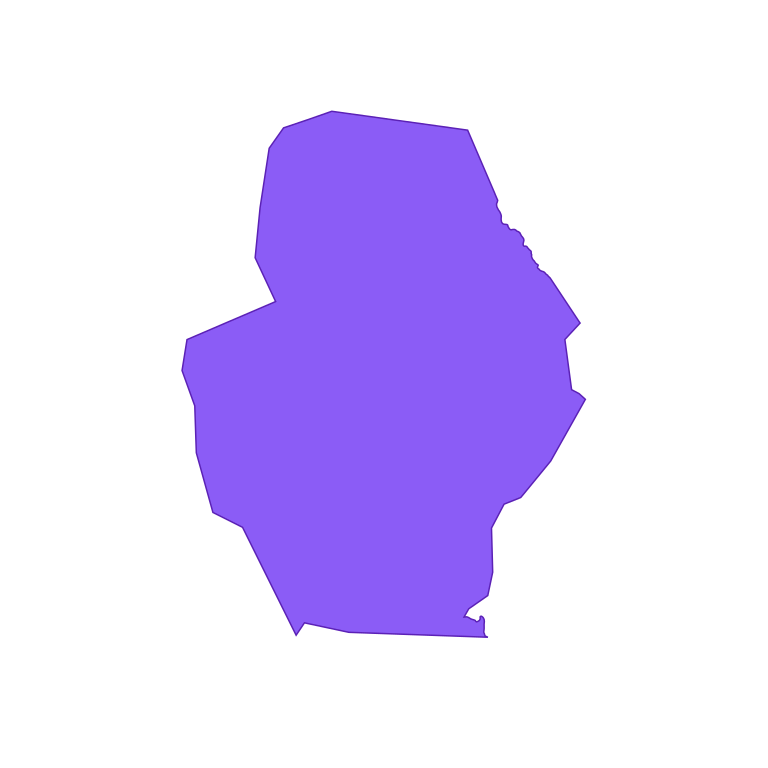 the district of Jargalan, Govi-Altay, Mongolia, rotated 32°
{"feature_id": "93677404B58079754200585", "entity_name": "Jargalan", "entity_type": "district", "adm_level": 2, "iso_a3": "MNG", "parent_name": "Mongolia", "parent_adm1": "Govi-Altay", "projection": "albers", "projection_center": [96.049, 47.069], "detail": "fine", "context": "isolated", "style": "filled", "palette": "violet", "viewbox_px": 768, "rotation_deg": 32, "n_neighbors": 0, "source": "geoboundaries", "source_scale": "gbopen_adm2", "svg_char_len": 3122}
<svg xmlns="http://www.w3.org/2000/svg" viewBox="0 0 768 768"><g transform="rotate(32 384 384)"><path d="M320.4,124.4L195.2,180.4L179.0,200.6L163.1,220.0L161.7,244.9L185.5,300.2L207.8,345.2L248.4,371.5L193.4,450.7L205.6,479.6L235.1,502.8L261.3,541.8L307.0,583.6L340.0,580.5L442.6,643.6L443.1,628.7L485.8,613.2L606.3,543.7L605.7,543.8L605.3,543.8L604.7,543.9L603.9,544.1L603.2,544.0L602.6,543.6L602.2,543.3L601.6,542.7L600.6,542.0L600.3,541.8L600.0,541.4L599.8,541.0L599.2,539.7L598.6,538.5L597.8,537.2L596.2,534.7L595.0,532.3L594.0,531.0L593.5,530.5L592.7,530.0L592.0,529.6L591.3,529.4L590.6,529.3L590.1,529.3L589.8,529.3L589.5,529.4L589.2,529.6L589.1,529.8L588.9,530.3L589.1,530.9L589.3,531.1L589.6,531.5L590.0,532.3L590.1,532.7L590.2,533.4L590.1,534.1L589.9,534.6L589.6,535.2L589.4,535.6L589.1,536.0L588.4,536.7L587.9,536.7L587.4,536.6L586.8,536.2L586.3,536.2L585.8,536.3L585.1,536.4L583.5,536.9L581.9,537.2L580.8,537.2L579.6,537.2L579.0,537.3L578.2,537.4L577.4,537.7L575.4,539.2L575.3,537.8L575.3,537.4L575.3,537.1L575.0,529.7L584.1,508.4L575.9,486.0L551.5,449.2L549.5,422.3L560.1,407.8L560.8,402.8L566.2,361.0L562.9,290.3L554.6,288.8L546.1,289.4L513.8,250.4L518.0,228.4L515.9,227.5L468.6,206.0L467.5,205.8L466.6,205.6L465.7,205.4L465.3,205.1L464.5,205.0L463.7,205.0L463.0,204.9L462.1,204.6L461.6,204.4L461.0,204.3L460.5,204.2L459.9,204.3L459.4,204.3L458.7,204.5L457.9,204.8L457.2,204.8L456.6,204.9L455.8,204.9L455.1,204.6L454.5,204.4L453.9,204.5L453.2,204.3L452.7,204.1L452.3,203.7L452.0,202.7L452.0,201.9L451.7,201.5L451.3,201.3L451.2,201.3L450.7,201.3L450.2,201.3L449.7,201.3L449.0,201.2L448.4,201.1L447.5,200.7L447.1,200.5L446.4,200.1L445.8,200.0L445.1,199.8L444.4,199.6L443.9,199.4L443.5,199.1L443.0,198.8L442.4,198.4L441.7,197.8L441.3,197.4L441.2,197.3L441.2,197.1L441.0,196.6L440.7,196.1L440.4,195.9L439.9,195.5L439.5,195.0L439.4,195.0L439.3,194.7L439.1,194.4L438.6,193.7L438.1,193.4L437.4,193.2L436.7,193.2L436.0,193.1L435.2,192.8L434.7,192.6L434.0,192.5L433.3,192.2L432.7,191.9L432.3,191.8L431.8,191.8L431.5,191.9L430.9,192.1L430.2,192.7L429.8,192.8L429.1,192.8L428.5,192.4L427.9,191.7L427.5,190.9L427.2,190.0L427.0,189.4L426.6,188.2L426.0,187.4L425.5,186.9L424.8,186.5L424.2,186.3L423.5,186.0L422.9,185.8L422.2,185.6L421.6,185.3L420.8,184.8L420.7,184.7L420.1,184.4L419.3,184.0L419.3,183.9L419.0,183.9L418.5,183.7L418.3,183.7L417.7,183.6L417.2,183.6L416.5,183.8L415.4,183.9L414.7,183.8L414.3,183.6L414.0,183.6L413.6,183.7L413.2,183.7L412.5,183.9L411.8,184.4L411.2,184.8L410.8,185.2L410.2,185.8L409.8,186.0L409.0,186.1L408.4,186.0L407.6,185.7L407.1,185.4L406.7,185.3L406.4,185.0L406.1,184.9L405.8,184.8L405.5,184.6L405.3,184.3L404.9,183.8L404.3,183.6L403.9,183.6L403.3,183.8L402.8,184.0L402.1,184.4L401.5,184.7L401.0,184.9L400.6,185.0L400.0,185.1L399.4,185.0L398.5,184.7L397.7,184.2L396.8,183.2L396.2,182.5L395.5,181.3L394.6,179.6L394.1,179.0L393.6,178.5L392.7,177.8L391.7,177.1L390.7,176.5L389.7,176.1L388.7,175.7L387.6,175.0L386.7,174.5L385.7,173.8L384.6,172.5L383.9,171.4L383.8,170.5L383.6,169.6L383.1,168.0L377.5,164.1L377.3,163.9L320.4,124.4Z" fill="#8b5cf6" stroke="#5b21b6" stroke-width="1.5"/></g></svg>